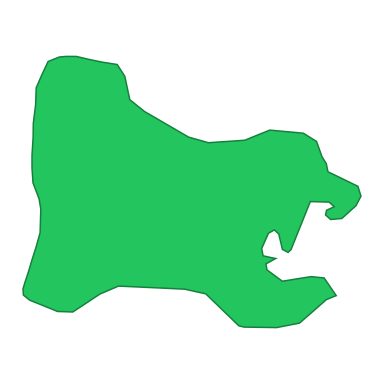 Mbuji-Mayi, Kasaï-Oriental, Democratic Republic of the Congo (orthographic projection)
{"feature_id": "63176286B79011641071296", "entity_name": "Mbuji-Mayi", "entity_type": "district", "adm_level": 2, "iso_a3": "COD", "parent_name": "Democratic Republic of the Congo", "parent_adm1": "Kasaï-Oriental", "projection": "orthographic", "projection_center": [23.614, -6.111], "detail": "fine", "context": "isolated", "style": "filled", "palette": "green", "viewbox_px": 384, "rotation_deg": 0, "n_neighbors": 0, "source": "geoboundaries", "source_scale": "gbopen_adm2", "svg_char_len": 1304}
<svg xmlns="http://www.w3.org/2000/svg" viewBox="0 0 384 384"><path d="M326.3,163.7L322.0,156.7L316.5,141.4L303.3,133.2L269.8,130.1L261.8,133.3L244.9,140.2L230.9,141.2L221.4,141.8L208.9,142.7L208.4,142.7L192.1,138.1L188.6,137.1L185.3,135.2L144.5,111.5L138.9,107.0L129.8,99.7L124.8,76.3L117.2,64.5L102.0,62.1L88.5,59.3L76.2,56.4L71.1,56.4L66.1,56.4L59.3,57.0L48.1,61.5L41.9,74.7L36.2,87.8L35.6,105.0L33.3,123.3L33.1,137.6L32.0,155.4L32.0,168.0L33.0,182.9L39.1,198.9L40.8,209.2L40.1,232.7L36.1,247.0L32.1,259.5L28.7,271.0L25.3,281.3L23.0,288.7L23.4,295.1L29.7,300.2L57.6,311.5L64.2,311.7L72.8,312.0L99.7,294.2L101.7,293.3L118.5,286.1L164.3,288.2L184.9,289.2L194.6,291.4L205.7,293.8L238.9,325.9L244.2,327.1L276.7,327.6L278.7,327.2L299.5,323.1L311.6,312.6L326.4,299.6L336.2,295.6L333.2,291.2L324.1,277.9L320.7,277.6L311.1,276.6L306.7,277.3L282.3,281.2L267.0,269.9L266.3,265.8L265.9,263.9L275.7,258.5L270.3,257.4L263.1,255.8L262.7,253.8L261.7,248.5L265.1,240.8L268.5,233.2L274.4,229.9L278.8,234.1L279.4,236.7L282.4,249.4L288.1,252.4L291.0,249.7L310.3,201.6L329.1,202.1L334.2,206.7L330.0,208.7L326.5,210.3L326.3,211.4L325.5,214.9L330.6,219.5L341.8,218.5L350.0,211.1L356.0,205.7L360.7,196.7L361.0,196.2L357.9,186.3L328.0,171.8L327.6,170.1L326.3,163.7Z" fill="#22c55e" stroke="#15803d" stroke-width="1.5"/></svg>